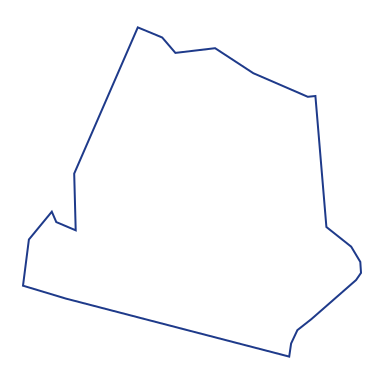 Akaltin, Sirdaryo, Uzbekistan (Robinson projection)
{"feature_id": "79887680B92810274159920", "entity_name": "Akaltin", "entity_type": "district", "adm_level": 2, "iso_a3": "UZB", "parent_name": "Uzbekistan", "parent_adm1": "Sirdaryo", "projection": "robinson", "projection_center": [68.339, 40.545], "detail": "fine", "context": "isolated", "style": "outline", "palette": "blue", "viewbox_px": 384, "rotation_deg": 0, "n_neighbors": 0, "source": "geoboundaries", "source_scale": "gbopen_adm2", "svg_char_len": 412}
<svg xmlns="http://www.w3.org/2000/svg" viewBox="0 0 384 384"><path d="M289.2,356.6L291.1,343.5L297.4,330.1L311.4,319.1L356.1,280.0L361.0,272.9L360.3,261.9L351.2,246.7L326.4,227.0L315.4,96.0L307.8,96.8L253.3,73.2L215.1,48.2L175.4,52.9L162.2,37.5L142.9,29.5L137.8,27.4L74.2,173.6L75.7,230.3L56.3,222.1L51.8,211.7L28.9,239.5L23.0,285.7L65.9,298.6L289.2,356.6Z" fill="none" stroke="#1e3a8a" stroke-width="2"/></svg>